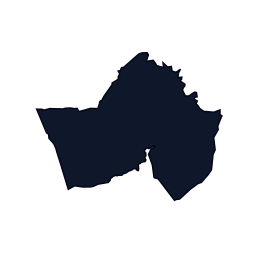 San Francisco Ozolotepec, Oaxaca, Mexico (Mercator projection), rotated 289°
{"feature_id": "50627088B26566065011472", "entity_name": "San Francisco Ozolotepec", "entity_type": "district", "adm_level": 2, "iso_a3": "MEX", "parent_name": "Mexico", "parent_adm1": "Oaxaca", "projection": "mercator", "projection_center": [-96.209, 16.098], "detail": "fine", "context": "isolated", "style": "filled", "palette": "ink", "viewbox_px": 256, "rotation_deg": 289, "n_neighbors": 0, "source": "geoboundaries", "source_scale": "gbopen_adm2", "svg_char_len": 3156}
<svg xmlns="http://www.w3.org/2000/svg" viewBox="0 0 256 256"><g transform="rotate(289 128 128)"><path d="M134.3,86.1L129.2,78.8L127.9,76.8L127.9,76.7L127.7,76.2L130.0,73.5L128.9,71.1L128.7,70.8L128.5,68.7L128.0,66.6L126.2,62.2L124.5,59.7L124.1,57.8L122.1,51.8L121.0,48.0L119.4,45.5L117.7,43.0L117.7,42.2L117.6,40.9L117.5,39.7L117.0,38.5L116.6,37.6L116.6,36.9L116.1,35.5L96.9,52.6L96.2,55.0L92.6,56.6L88.9,63.0L85.2,66.5L82.9,68.0L71.4,76.5L56.3,87.4L52.4,90.2L52.3,90.3L50.6,91.5L56.0,96.4L57.5,104.4L60.2,111.9L61.5,114.1L65.1,117.9L70.1,127.0L72.4,128.1L74.3,127.9L75.4,128.4L75.7,128.7L76.0,128.9L76.3,129.1L76.7,129.3L77.0,129.4L77.4,129.5L77.6,129.7L77.7,130.0L78.0,130.4L78.3,130.7L78.5,131.0L78.8,131.3L79.1,131.5L79.5,132.0L79.3,132.5L79.2,132.8L79.3,133.1L79.3,133.3L79.7,133.5L80.2,134.0L80.4,134.8L80.5,135.3L80.7,135.6L80.9,136.3L81.1,136.8L81.3,137.2L81.6,137.7L82.0,138.0L82.6,138.1L83.0,138.2L83.3,138.5L83.5,138.7L83.6,138.9L83.8,139.0L84.0,139.3L84.0,139.7L84.3,140.0L84.5,140.3L84.9,140.7L85.1,140.9L85.5,141.3L85.8,141.4L86.1,141.4L86.2,141.7L86.6,142.0L86.9,142.3L87.1,142.5L87.4,142.6L87.6,142.6L87.9,142.8L88.1,143.2L88.1,143.6L88.2,143.8L88.6,144.1L89.0,144.5L89.4,145.0L89.6,145.2L89.8,145.5L90.0,145.7L90.3,145.9L90.5,145.9L90.8,145.8L91.0,146.1L91.2,146.4L91.4,146.8L91.7,147.3L91.9,147.8L92.0,148.1L92.0,148.4L91.9,148.8L91.6,149.2L91.5,149.4L91.3,149.8L91.2,150.0L91.0,150.6L90.9,150.9L90.9,151.3L91.0,151.5L91.5,151.6L92.1,151.5L92.7,151.4L93.3,151.2L93.8,151.0L94.3,150.7L94.6,150.5L95.1,150.4L95.5,150.1L95.9,149.9L96.4,149.9L97.0,149.8L97.4,149.8L97.8,150.1L98.0,150.6L98.4,151.1L98.8,151.2L99.3,151.3L99.8,151.7L99.9,152.0L100.1,152.2L100.6,152.8L101.0,153.4L101.3,154.0L101.5,154.5L101.7,154.9L102.3,155.1L102.7,155.3L103.2,155.3L103.6,155.2L104.0,155.0L104.3,154.6L104.6,154.2L105.0,153.8L105.3,153.4L105.9,153.3L106.6,153.7L107.2,153.9L108.2,153.7L109.1,153.3L109.9,152.9L110.6,152.5L110.9,151.0L111.5,151.0L112.2,151.1L112.7,150.9L113.1,151.0L113.7,151.4L114.3,151.8L114.9,151.8L115.2,152.0L115.3,152.2L115.3,152.6L115.3,153.1L115.4,153.5L115.4,154.4L115.7,155.1L116.2,155.5L117.0,156.0L118.0,156.6L118.9,157.2L119.3,159.5L115.0,156.6L109.7,156.0L101.1,163.0L89.6,168.8L89.8,173.0L74.8,195.5L76.3,197.1L77.6,199.9L90.7,207.0L98.3,212.3L100.5,215.1L110.4,219.1L115.7,220.5L130.6,217.0L135.7,217.5L146.9,212.1L155.8,213.8L159.0,212.2L169.1,212.7L170.0,212.9L170.7,210.5L175.0,209.1L170.9,204.1L168.4,194.3L169.6,189.8L172.3,186.3L172.7,184.5L176.1,184.7L176.7,181.4L178.8,181.0L180.0,183.2L183.9,181.1L183.4,179.1L178.1,175.1L176.9,171.8L181.6,167.1L184.3,167.2L186.2,168.0L187.9,167.5L189.5,162.0L191.8,162.8L192.5,162.5L193.6,162.3L192.1,159.3L192.2,158.7L196.8,157.8L200.7,158.5L196.3,155.3L196.2,151.1L200.3,148.9L198.5,145.6L201.1,139.9L196.7,142.0L196.3,134.7L198.0,133.0L200.2,129.8L197.1,123.9L197.9,123.5L203.7,123.5L205.4,121.6L203.7,117.1L201.8,114.3L184.0,104.2L182.9,102.3L179.5,102.0L178.7,100.2L176.5,102.6L173.5,102.1L170.9,102.9L165.4,98.4L163.4,98.8L150.7,95.1L147.6,94.5L145.7,94.4L144.6,93.1L143.0,92.7L142.6,93.1L136.5,93.1L134.3,86.1Z" fill="#0f172a" stroke="#020617" stroke-width="1.5"/></g></svg>